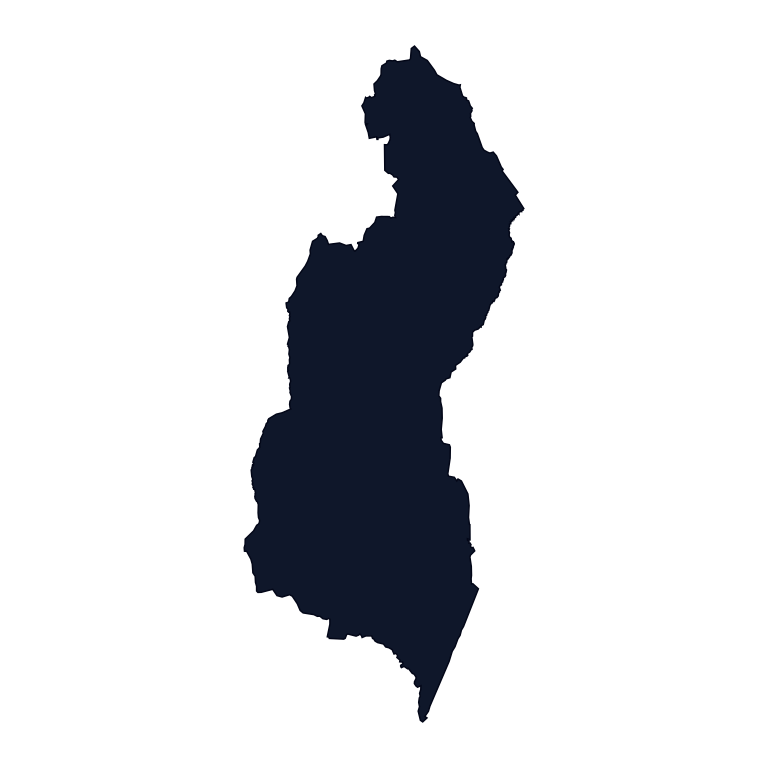 outline of Kilosa, Morogoro, United Republic of Tanzania
{"feature_id": "72390352B53131574128845", "entity_name": "Kilosa", "entity_type": "district", "adm_level": 2, "iso_a3": "TZA", "parent_name": "United Republic of Tanzania", "parent_adm1": "Morogoro", "projection": "equal_earth", "projection_center": [37.018, -6.957], "detail": "fine", "context": "isolated", "style": "filled", "palette": "ink", "viewbox_px": 768, "rotation_deg": 0, "n_neighbors": 0, "source": "geoboundaries", "source_scale": "gbopen_adm2", "svg_char_len": 6094}
<svg xmlns="http://www.w3.org/2000/svg" viewBox="0 0 768 768"><path d="M245.2,539.1L245.1,544.4L244.2,547.7L244.5,551.2L246.7,551.3L250.9,559.1L252.3,564.2L252.9,572.8L255.2,576.3L255.5,582.4L256.6,586.2L256.6,591.0L257.9,592.4L261.2,592.3L272.7,589.3L277.0,595.6L282.1,597.0L289.6,594.7L292.3,596.2L297.3,603.7L300.2,610.5L303.1,612.9L313.9,614.6L317.3,616.3L319.9,616.2L322.9,618.7L326.8,619.4L328.5,618.4L329.9,619.2L329.9,624.2L327.3,636.8L328.9,637.1L329.3,638.4L343.8,639.1L345.2,638.3L346.6,634.6L347.8,634.0L356.1,636.1L358.8,635.0L359.7,633.9L361.4,635.5L362.1,637.5L365.9,635.9L371.7,635.9L372.6,638.5L373.5,638.6L375.1,641.1L377.7,642.6L383.5,644.0L385.6,646.9L389.0,647.8L392.2,649.7L394.0,654.0L395.6,653.5L396.7,654.1L397.6,655.7L396.9,657.5L400.0,660.1L399.7,661.8L402.6,662.1L403.0,663.8L400.9,665.1L400.6,665.9L401.0,667.1L401.4,667.6L404.1,666.4L407.6,668.8L408.3,668.3L412.2,673.3L414.1,674.2L416.0,677.0L416.0,678.7L414.5,681.7L414.4,683.6L416.1,686.1L417.6,687.2L420.9,685.7L420.8,689.5L419.6,693.3L420.2,696.3L419.3,697.9L418.7,702.4L419.5,706.7L418.2,711.1L420.4,720.3L422.7,721.9L427.0,717.9L424.9,716.4L428.4,711.3L429.9,706.2L449.1,661.4L452.2,651.3L455.0,646.7L457.9,638.8L460.1,635.3L461.4,630.1L463.5,626.5L478.4,588.8L472.9,583.8L471.5,583.9L471.1,578.9L471.5,575.4L471.3,566.4L469.9,557.1L470.5,555.1L474.7,550.9L473.0,547.4L472.1,547.8L470.9,547.2L470.5,545.8L471.0,544.7L470.0,543.0L468.9,543.1L469.0,540.9L467.6,540.5L467.4,539.5L467.4,538.7L470.0,539.7L469.9,524.6L469.4,524.4L468.5,517.5L469.1,505.5L467.9,494.0L461.4,481.0L458.0,479.0L456.8,480.9L454.3,477.3L448.5,476.2L447.8,473.8L450.1,458.2L450.3,447.2L449.4,444.8L443.4,443.4L441.1,440.1L441.0,437.4L442.1,437.6L441.2,429.6L442.2,418.2L442.0,408.1L440.6,401.7L440.6,398.3L438.8,395.8L439.1,390.9L441.4,382.8L445.2,380.2L446.2,378.8L449.9,377.7L451.1,372.0L455.7,369.0L455.5,365.9L455.9,365.1L460.2,362.2L463.4,358.0L464.6,357.9L465.0,356.8L467.3,355.9L467.8,355.1L467.2,354.6L467.5,353.5L469.8,351.9L471.1,349.7L472.0,349.4L471.8,347.2L472.7,345.8L472.8,344.3L471.8,336.8L472.5,336.2L472.5,332.3L474.6,330.2L478.2,329.0L480.3,326.8L481.1,327.1L481.2,325.6L483.2,324.6L484.2,320.2L485.3,318.9L485.8,317.0L485.4,315.6L486.6,315.2L486.7,313.7L487.9,312.1L487.7,311.2L488.7,310.3L489.9,305.3L491.5,303.0L492.2,302.9L492.6,301.6L493.4,301.5L493.0,301.1L494.4,300.7L495.2,298.2L496.9,297.6L498.2,296.0L498.6,292.9L499.4,292.0L499.1,291.4L500.3,290.3L499.3,287.2L500.2,285.3L501.4,284.9L501.5,282.7L502.7,281.8L502.4,280.8L503.3,279.9L503.4,277.8L505.0,276.7L505.6,275.5L505.4,272.9L505.9,272.8L506.5,269.9L505.4,268.1L505.7,267.8L505.2,264.5L505.9,264.0L505.7,263.0L506.6,262.6L507.1,258.8L508.0,258.0L508.2,258.6L509.8,256.4L509.8,255.5L511.0,255.1L512.0,252.9L511.9,249.4L512.3,249.7L513.4,246.8L513.2,246.1L514.1,244.7L514.2,243.3L513.7,243.3L513.4,241.7L511.9,241.9L512.1,240.8L511.4,240.1L511.1,238.2L509.6,237.1L509.1,235.1L509.5,232.5L508.7,230.6L509.4,228.9L508.6,228.5L509.6,225.9L509.4,224.2L510.8,223.7L510.4,221.8L511.4,221.7L511.4,220.2L512.6,220.7L512.7,219.3L513.8,219.6L513.9,218.4L514.4,219.2L514.2,217.9L515.6,217.2L515.6,215.9L517.0,215.3L518.0,213.5L518.9,214.2L518.9,212.7L519.5,211.7L521.6,211.6L521.4,210.8L523.0,210.2L522.9,209.4L523.8,208.6L515.3,195.1L517.9,192.3L502.1,171.0L503.1,169.4L501.3,167.1L496.5,156.0L493.2,152.1L489.9,153.1L487.6,152.2L484.0,150.2L482.2,147.6L477.3,133.7L475.7,131.3L474.1,125.0L474.2,123.4L471.9,121.3L470.2,117.5L470.7,116.5L470.5,113.3L472.0,110.8L471.7,109.2L472.3,108.3L470.3,105.9L468.6,100.9L466.6,100.0L466.4,97.9L463.7,97.0L462.5,95.8L459.9,87.3L460.3,84.8L459.0,85.1L453.7,83.6L446.3,80.3L436.9,74.8L434.4,70.2L427.3,60.5L420.5,56.7L419.3,51.5L414.5,46.1L411.3,48.5L410.5,58.8L409.4,60.0L397.3,61.8L394.8,60.2L392.6,60.9L389.3,60.4L386.9,61.1L386.5,63.0L381.9,65.8L381.2,68.8L381.1,74.4L380.5,76.1L377.3,80.8L374.0,84.0L374.5,90.5L375.5,93.9L374.6,94.9L374.9,96.4L371.4,97.7L369.7,96.4L368.6,97.4L366.3,98.0L365.6,97.4L363.9,102.8L361.9,105.9L365.4,113.8L365.1,122.4L365.4,123.7L367.5,123.8L367.0,124.7L365.6,124.7L368.3,132.6L369.3,138.3L376.6,136.8L377.0,139.4L377.9,139.4L377.9,137.9L383.2,137.1L389.7,134.3L390.3,137.5L389.9,140.0L388.2,143.7L387.1,144.8L384.5,144.7L384.8,170.3L388.3,173.3L390.1,173.3L392.6,174.9L394.0,176.9L396.9,177.1L398.6,179.5L392.7,186.0L397.9,193.7L394.9,210.2L395.4,212.7L394.8,215.4L395.6,217.5L392.7,217.3L390.8,218.1L389.3,216.6L381.3,216.5L376.6,217.1L374.8,222.5L369.5,228.2L367.0,228.7L364.2,235.3L363.2,241.3L357.8,242.6L357.7,243.5L358.9,244.1L358.8,245.6L357.9,248.3L355.4,250.9L354.5,251.0L353.7,250.0L351.0,244.6L346.1,245.5L339.6,243.0L328.5,244.4L327.2,240.5L325.1,236.6L322.3,235.7L320.8,233.5L318.2,235.3L318.4,236.3L317.3,238.4L312.6,241.3L310.1,250.1L310.4,253.9L307.7,261.3L305.2,266.1L297.1,277.3L296.6,279.2L297.0,285.8L295.0,291.0L291.4,296.5L289.3,298.4L288.7,302.0L286.1,303.0L286.7,307.8L288.0,309.2L287.8,311.3L288.7,312.2L289.5,311.9L289.9,313.8L289.4,315.7L290.0,316.4L289.4,318.6L289.8,320.9L288.8,321.6L287.5,326.6L289.4,337.5L287.5,344.2L288.2,344.9L288.1,346.4L288.7,346.7L289.4,349.7L288.9,354.1L289.9,357.6L289.4,359.7L289.6,363.4L289.3,364.6L288.1,365.4L288.5,366.4L287.8,366.9L287.8,370.1L288.4,370.5L287.7,371.2L289.2,376.9L288.9,377.8L289.5,377.6L290.0,378.4L290.7,381.1L289.7,384.2L290.0,387.5L289.5,387.9L290.3,391.0L290.0,392.5L291.6,396.6L291.3,399.4L290.0,401.2L289.6,404.3L290.1,407.7L290.8,409.0L282.1,412.8L276.3,414.2L268.8,418.7L267.9,420.2L267.7,422.3L266.3,423.6L265.4,426.6L262.9,431.4L263.3,433.3L260.6,439.0L260.3,443.0L259.6,443.7L259.8,447.3L257.4,449.9L255.5,456.6L254.2,457.6L252.9,462.2L253.7,462.5L253.5,465.0L252.7,464.6L252.4,465.2L252.7,466.5L251.9,467.2L252.1,468.2L251.2,470.0L251.8,476.5L252.8,479.3L252.1,480.8L252.8,483.4L252.2,484.0L253.3,486.1L253.0,487.5L253.5,487.6L253.7,489.2L254.8,489.5L255.5,493.2L255.0,493.9L255.4,495.1L254.8,496.1L255.1,498.5L256.6,501.3L257.3,501.6L258.3,504.5L258.1,512.9L258.5,517.6L259.6,520.2L259.4,522.3L258.6,524.0L256.7,525.3L253.6,530.9L245.2,539.1Z" fill="#0f172a" stroke="#020617" stroke-width="1.5"/></svg>